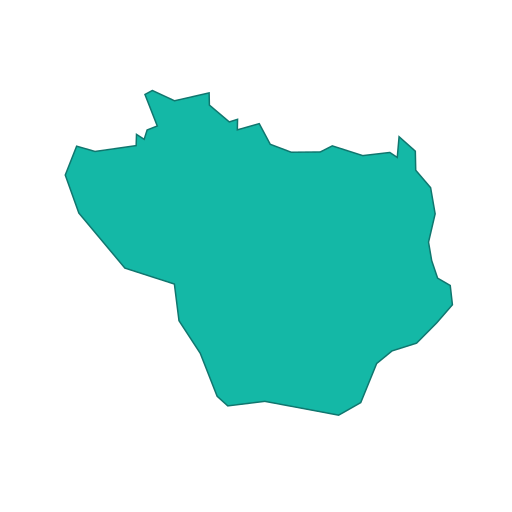 Oslomej, Oslomej, North Macedonia, rotated 100°
{"feature_id": "65306769B21440943325425", "entity_name": "Oslomej", "entity_type": "district", "adm_level": 2, "iso_a3": "MKD", "parent_name": "North Macedonia", "parent_adm1": "Oslomej", "projection": "robinson", "projection_center": [21.017, 41.59], "detail": "fine", "context": "isolated", "style": "filled", "palette": "teal", "viewbox_px": 512, "rotation_deg": 100, "n_neighbors": 0, "source": "geoboundaries", "source_scale": "gbopen_adm2", "svg_char_len": 750}
<svg xmlns="http://www.w3.org/2000/svg" viewBox="0 0 512 512"><g transform="rotate(100 256 256)"><path d="M400.9,269.9L408.5,257.8L397.6,222.1L398.4,147.0L382.2,127.4L340.9,118.5L325.8,105.5L313.9,82.7L290.4,66.4L269.9,54.1L251.3,59.6L246.3,73.3L230.0,82.2L212.4,88.5L183.4,86.9L158.4,95.9L143.8,113.6L125.1,117.3L113.7,135.8L134.4,134.0L130.8,142.2L138.6,168.3L134.3,200.0L142.4,210.8L147.7,239.3L143.5,261.4L125.1,275.8L135.0,296.3L124.6,297.9L128.6,305.6L115.5,328.1L103.5,330.5L117.3,363.2L111.0,386.8L116.2,393.4L145.1,375.8L150.8,385.1L160.5,386.4L157.0,394.8L168.1,393.2L181.0,432.7L179.0,451.7L209.4,457.9L244.5,437.9L290.7,383.0L297.8,331.5L333.1,320.6L361.5,294.0L400.9,269.9Z" fill="#14b8a6" stroke="#0f766e" stroke-width="1.5"/></g></svg>